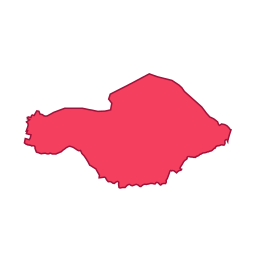 the district of Huiloapan de Cuauhtémoc, Veracruz, Mexico, rotated 199°
{"feature_id": "50627088B60002798867567", "entity_name": "Huiloapan de Cuauhtémoc", "entity_type": "district", "adm_level": 2, "iso_a3": "MEX", "parent_name": "Mexico", "parent_adm1": "Veracruz", "projection": "mercator", "projection_center": [-97.133, 18.816], "detail": "fine", "context": "isolated", "style": "filled", "palette": "rose", "viewbox_px": 256, "rotation_deg": 199, "n_neighbors": 0, "source": "geoboundaries", "source_scale": "gbopen_adm2", "svg_char_len": 5115}
<svg xmlns="http://www.w3.org/2000/svg" viewBox="0 0 256 256"><g transform="rotate(199 128 128)"><path d="M125.5,186.1L130.4,180.9L139.1,171.5L140.3,170.3L142.9,167.5L147.2,163.1L155.8,154.2L155.7,149.9L155.7,149.0L151.4,146.2L150.6,141.0L150.3,139.5L153.7,137.4L155.4,136.4L162.0,133.9L164.8,133.5L166.7,133.3L168.2,133.1L169.9,132.8L170.6,132.7L172.9,132.4L175.4,132.1L177.6,131.8L181.1,130.6L185.1,129.2L187.7,128.3L191.5,127.0L194.2,126.1L203.2,118.7L208.3,113.1L210.0,112.3L211.8,112.2L213.1,112.8L215.6,112.6L215.8,112.6L216.8,113.8L217.7,114.8L219.8,114.5L220.1,113.3L220.3,112.0L220.4,111.8L220.8,109.3L223.3,109.1L223.2,109.1L223.3,106.3L225.7,106.0L225.8,106.0L225.9,105.9L226.1,105.6L226.3,105.5L226.7,105.2L226.6,104.9L226.4,104.7L226.2,104.5L226.1,104.0L225.6,104.2L225.1,103.7L224.5,103.6L224.2,103.6L223.8,103.6L225.3,101.6L226.0,100.7L225.6,100.4L224.4,100.0L224.1,99.8L223.8,99.1L223.3,98.2L223.2,95.7L223.2,94.9L223.2,91.9L222.1,92.6L222.1,92.2L222.2,90.2L222.3,89.6L222.1,89.6L219.9,89.7L219.3,89.8L217.5,90.0L217.2,87.1L217.2,86.7L217.2,86.4L217.6,84.8L219.5,84.7L221.7,84.6L221.4,82.5L221.1,80.2L218.8,79.4L217.7,79.7L217.4,79.4L216.9,79.5L216.4,79.6L216.2,79.6L215.8,79.7L215.7,79.8L215.4,79.8L214.9,79.8L214.6,79.9L214.3,80.0L214.0,79.9L213.9,79.8L213.6,79.7L213.3,79.7L213.3,79.8L213.1,79.9L212.8,80.1L212.5,80.1L212.1,80.3L211.7,80.4L211.4,80.5L211.1,80.5L210.8,80.5L210.4,80.4L210.1,80.1L209.9,79.9L209.6,79.7L209.5,79.4L209.4,79.2L209.5,79.0L209.5,78.8L209.3,78.5L209.1,78.3L208.9,78.0L208.7,77.8L208.6,77.6L208.5,77.4L208.2,77.0L207.9,76.8L207.5,76.3L207.2,75.8L206.9,75.5L206.5,75.4L205.9,75.4L204.9,75.5L204.4,75.5L203.4,75.4L201.7,75.4L201.3,75.6L200.6,76.0L199.6,76.5L198.7,76.9L198.2,77.2L197.7,77.2L196.7,77.2L195.8,77.3L194.9,77.6L194.5,77.8L194.2,78.0L193.7,78.7L193.3,78.9L192.5,78.9L191.1,78.8L190.7,79.0L190.0,79.2L189.2,79.5L188.7,79.6L188.1,79.8L187.8,79.9L187.6,80.0L187.3,80.3L186.7,81.0L186.1,81.4L185.5,82.0L185.1,82.3L184.3,83.1L183.4,83.8L182.3,85.9L180.6,88.2L180.3,88.9L179.3,90.0L178.6,90.7L177.7,91.6L176.3,91.9L173.9,91.9L172.1,91.6L168.9,90.7L167.0,90.5L166.2,90.9L165.6,91.3L163.3,88.9L161.8,88.1L160.4,87.4L158.7,86.1L157.2,85.0L156.3,84.2L154.9,83.1L153.5,81.7L152.1,80.4L150.2,80.1L148.4,79.6L145.1,78.9L142.9,76.9L139.7,74.1L139.1,71.5L138.6,71.7L137.3,72.3L134.2,73.9L133.1,73.7L131.3,72.0L129.2,70.8L127.3,71.5L126.3,71.5L124.2,70.9L122.9,71.1L121.6,73.2L120.5,74.1L119.3,73.8L118.8,72.9L118.6,71.6L117.1,68.8L116.0,68.7L113.7,70.0L111.4,70.8L110.2,73.5L109.7,74.0L109.2,74.6L108.0,75.2L106.3,74.7L105.1,74.8L101.9,77.4L100.0,77.4L97.8,76.6L96.8,76.8L96.0,78.1L95.2,79.3L94.1,80.2L93.0,80.5L92.3,80.6L91.1,81.4L90.6,81.6L88.7,82.9L87.8,83.2L86.8,83.5L85.6,83.6L84.5,83.8L84.0,84.1L83.6,85.5L83.1,86.0L82.1,86.0L81.3,85.9L79.6,84.9L78.6,84.7L78.1,85.2L77.7,86.3L76.1,87.2L74.4,87.7L74.2,89.2L74.6,90.4L75.0,90.9L74.7,91.8L74.4,93.0L74.3,97.1L74.3,100.2L74.2,101.3L74.0,101.6L73.8,101.8L73.6,101.8L73.4,101.8L72.8,101.6L72.6,101.8L72.3,102.1L72.0,102.3L71.6,102.3L71.2,102.4L70.7,102.5L70.1,102.3L69.9,102.2L68.7,101.8L67.8,101.5L67.7,101.5L67.5,101.4L66.8,102.8L66.2,103.9L65.5,104.4L64.5,105.2L64.1,105.5L63.9,105.9L63.9,106.5L64.7,106.4L65.0,106.4L65.3,106.5L65.6,106.7L65.7,106.8L65.8,107.4L65.7,108.3L65.5,109.1L65.4,109.4L65.2,110.2L65.0,111.1L64.8,112.1L64.6,113.2L64.5,114.0L64.2,114.8L63.9,115.5L63.5,116.2L63.0,116.8L62.5,117.6L62.2,118.0L62.2,118.4L62.4,118.6L62.5,118.7L62.4,118.9L62.5,119.4L62.5,119.7L62.3,120.2L61.4,120.7L61.0,120.9L60.6,120.9L59.9,120.9L59.1,121.1L58.3,121.3L57.9,121.4L57.6,121.5L57.2,121.6L56.8,121.6L56.4,121.6L56.0,121.7L55.7,122.0L55.4,122.0L54.8,122.1L54.7,122.6L54.3,122.7L54.2,122.9L54.1,123.2L54.0,123.6L53.4,123.9L53.0,124.1L52.9,124.4L52.6,124.7L52.3,124.8L52.1,125.1L51.9,125.4L51.8,125.8L51.7,126.2L51.4,126.5L50.9,126.8L50.6,127.0L50.1,127.5L49.6,128.2L49.0,128.8L47.9,129.3L46.7,129.9L44.9,131.4L44.3,131.6L44.1,131.7L43.2,132.7L42.0,133.3L41.6,133.8L41.1,134.4L40.6,135.4L39.9,136.7L39.3,137.0L39.5,137.3L39.3,137.5L39.0,137.8L38.9,138.2L38.9,138.8L38.9,139.0L38.7,139.3L38.4,139.4L38.1,139.9L37.8,140.3L37.2,140.3L36.9,140.5L36.6,140.8L35.8,141.1L35.1,141.8L34.8,142.1L34.5,142.3L34.2,142.5L33.8,142.6L33.4,142.7L33.0,142.8L32.6,142.8L32.2,142.9L31.9,143.0L31.5,143.2L31.4,143.6L31.3,144.0L31.3,144.4L31.3,144.8L31.3,145.2L31.4,145.5L31.6,145.9L31.9,146.2L31.9,146.6L32.1,146.9L32.2,147.3L32.1,147.7L32.1,148.1L31.9,148.5L31.7,148.8L31.4,149.0L31.0,149.1L30.6,149.1L30.3,148.8L30.0,148.6L29.8,148.2L29.6,147.9L29.3,147.6L29.6,148.8L29.6,150.1L29.7,150.4L29.7,151.0L29.9,154.1L30.0,159.7L30.0,159.8L30.8,159.7L31.2,160.0L31.7,160.5L32.1,160.7L33.1,161.3L33.7,161.6L35.1,162.3L36.1,162.5L37.9,162.7L39.9,162.4L40.8,162.3L42.3,160.3L43.5,160.7L43.8,161.1L45.3,163.0L46.2,163.3L47.0,163.6L48.7,164.2L50.0,164.6L53.4,165.0L54.2,165.0L55.6,165.8L58.5,167.4L58.6,167.5L59.8,168.2L60.1,168.5L63.4,170.7L65.0,171.8L67.3,172.8L75.9,176.4L84.0,179.8L86.6,180.9L90.2,183.6L92.0,184.4L93.8,185.2L101.9,187.3L115.8,186.1L117.0,186.0L125.3,186.1L125.5,186.1Z" fill="#f43f5e" stroke="#9f1239" stroke-width="1.5"/></g></svg>